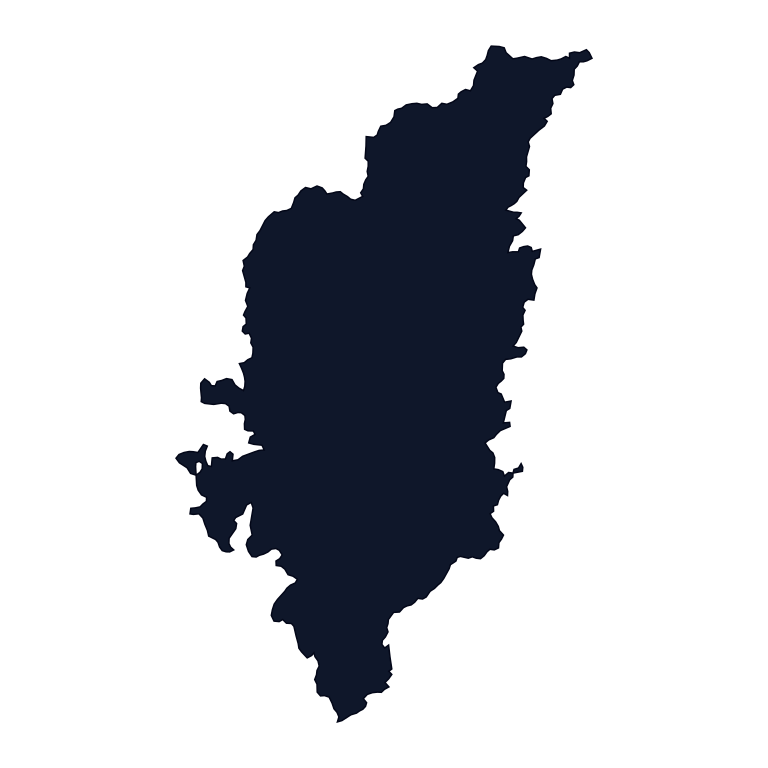 Bom Jardim da Serra, Santa Catarina, Brazil (Albers equal-area conic projection)
{"feature_id": "56859067B26103840950670", "entity_name": "Bom Jardim da Serra", "entity_type": "district", "adm_level": 2, "iso_a3": "BRA", "parent_name": "Brazil", "parent_adm1": "Santa Catarina", "projection": "albers", "projection_center": [-49.659, -28.371], "detail": "fine", "context": "isolated", "style": "filled", "palette": "ink", "viewbox_px": 768, "rotation_deg": 0, "n_neighbors": 0, "source": "geoboundaries", "source_scale": "gbopen_adm2", "svg_char_len": 6084}
<svg xmlns="http://www.w3.org/2000/svg" viewBox="0 0 768 768"><path d="M513.0,473.1L508.6,472.5L504.4,476.1L502.8,471.6L498.2,469.6L493.8,468.9L494.6,463.2L494.7,457.5L492.9,452.9L489.8,450.4L485.1,443.0L488.6,440.0L493.8,437.7L496.4,434.4L500.3,430.6L510.1,426.4L509.6,422.4L503.3,422.9L506.3,410.6L509.8,408.4L511.1,401.0L504.6,402.2L501.2,394.0L497.9,392.6L495.9,387.3L498.3,383.4L501.2,381.1L503.8,378.4L504.0,374.3L502.2,370.7L502.5,363.2L505.6,359.4L510.8,358.8L517.0,356.9L521.5,356.9L525.4,353.7L526.9,349.9L523.8,347.2L518.1,347.7L513.1,346.1L516.3,342.4L521.8,331.1L520.9,327.1L523.6,324.2L523.1,320.1L522.9,315.0L525.1,310.3L522.7,307.4L524.2,302.2L528.0,299.3L533.9,300.1L534.9,293.9L537.0,287.9L534.7,284.6L532.6,279.3L531.4,274.3L531.8,270.0L533.8,264.8L535.3,258.9L539.1,257.6L540.6,249.1L532.3,251.4L531.2,247.5L527.7,246.0L523.7,246.6L519.6,248.0L518.4,251.8L512.6,251.8L507.9,252.6L509.4,246.3L512.6,240.7L513.3,235.9L518.2,234.7L522.4,231.4L525.5,227.8L519.3,220.2L516.2,218.7L519.1,216.2L521.2,212.9L517.3,212.3L513.7,212.3L505.8,210.1L508.1,207.1L511.3,205.5L514.2,203.7L516.8,201.4L519.0,197.4L526.7,190.2L523.2,187.5L523.4,182.9L525.6,177.5L528.9,175.8L529.3,169.8L525.9,166.4L526.6,161.6L526.5,156.9L529.5,146.5L528.2,141.9L530.1,138.3L538.9,130.2L544.4,126.0L547.2,121.3L544.0,118.3L547.7,116.5L551.2,113.8L550.7,108.2L552.9,103.6L552.0,98.6L554.8,95.3L560.4,94.3L562.6,89.2L566.7,87.1L570.7,87.6L573.8,84.7L572.3,80.5L574.0,75.1L574.2,69.3L577.3,66.0L579.4,61.8L583.4,61.8L587.0,60.8L592.0,58.3L589.2,52.6L586.4,49.7L579.7,52.7L574.4,52.0L569.5,53.2L569.5,58.2L565.8,56.5L561.2,58.9L557.2,60.1L551.1,60.7L546.5,58.4L541.3,56.8L536.6,57.6L532.1,59.0L524.6,56.5L517.0,58.2L512.9,58.8L506.1,52.7L504.2,47.8L499.2,46.5L491.2,46.1L488.4,50.6L487.2,55.4L485.7,59.6L482.4,63.1L478.4,64.6L473.8,67.7L477.6,71.1L474.0,80.1L473.5,85.6L470.4,90.8L465.5,89.5L461.1,91.8L458.4,94.1L457.9,98.3L452.8,101.9L446.9,104.3L441.8,103.3L437.2,107.5L432.2,107.7L427.2,103.9L421.6,104.4L416.9,103.3L412.1,103.7L406.2,104.9L401.6,108.3L397.8,109.1L394.8,110.6L394.0,116.8L390.6,122.4L386.0,125.3L380.8,126.2L378.3,131.4L377.2,135.0L373.7,137.4L366.2,136.6L366.0,146.1L365.1,158.2L368.2,161.2L368.2,166.3L367.2,171.4L368.2,176.3L365.7,179.9L363.8,184.3L363.4,188.8L360.7,192.8L362.7,196.4L355.2,200.3L350.6,199.2L347.5,196.6L343.1,194.0L340.3,191.7L336.1,192.0L332.6,193.0L326.9,194.0L324.9,190.9L322.2,187.9L317.0,186.0L311.0,188.8L305.5,187.5L300.9,190.9L298.1,195.1L295.0,197.8L293.7,202.4L291.3,208.4L286.8,210.5L282.5,211.0L278.5,212.6L274.2,211.8L268.4,216.8L265.1,220.6L260.0,230.6L257.0,234.5L256.1,240.3L253.4,244.7L253.1,249.5L249.7,253.5L247.6,257.0L243.1,260.5L244.3,266.2L242.6,270.6L245.9,282.4L245.9,286.8L249.8,287.9L247.2,293.4L245.5,300.4L247.8,306.4L245.0,311.5L243.5,315.1L246.0,318.0L246.3,324.0L243.1,326.6L242.3,331.1L245.2,334.0L249.1,333.2L251.5,338.2L250.8,342.9L253.1,347.2L252.9,353.2L251.9,357.8L247.8,359.7L244.2,362.7L239.4,363.6L241.7,368.6L243.5,373.2L244.5,377.1L245.1,381.3L244.8,386.3L243.5,390.6L238.9,388.1L235.0,384.9L232.0,379.6L226.5,378.6L221.6,380.5L217.1,381.5L215.2,385.9L211.4,385.7L209.3,382.3L204.6,378.8L200.8,383.2L200.6,388.2L201.5,397.8L201.2,401.6L204.7,403.4L213.7,404.4L221.3,403.2L225.5,403.6L229.1,406.2L229.9,411.1L233.6,413.8L237.8,412.5L241.3,412.7L244.9,415.5L245.3,419.4L244.4,423.7L244.6,429.3L247.9,430.8L253.4,431.0L255.0,434.4L250.3,437.1L248.7,442.9L253.7,444.3L262.0,445.2L264.2,450.0L259.1,450.4L254.5,451.9L242.6,456.3L238.0,459.8L232.3,460.8L233.0,454.2L230.0,451.7L227.2,453.8L225.4,459.0L221.0,459.1L217.6,457.4L212.2,457.9L211.4,466.5L207.8,465.7L205.9,461.3L204.7,456.5L205.3,451.1L207.3,446.1L203.4,444.5L197.9,452.5L193.0,451.7L189.2,451.5L184.0,452.5L179.0,454.5L176.0,458.2L179.4,462.8L187.1,467.8L190.6,473.4L196.1,475.2L196.7,485.5L198.2,490.2L201.5,494.9L206.6,497.3L206.4,501.4L202.9,504.0L200.1,506.9L195.2,507.9L190.8,508.3L190.0,513.9L193.4,514.4L198.9,513.8L202.9,518.1L204.8,524.1L207.4,530.4L208.7,536.1L215.6,539.5L218.0,542.3L219.6,547.0L222.2,550.6L226.1,551.8L229.7,551.9L233.7,549.9L230.6,547.1L228.9,543.5L229.1,538.3L235.8,528.7L236.6,523.5L233.7,520.5L235.7,517.5L242.7,514.0L246.6,505.0L251.2,502.4L253.1,508.0L250.2,525.3L252.2,535.1L247.8,539.5L246.3,544.7L248.5,551.4L252.0,556.6L256.2,557.0L259.3,555.3L263.6,554.1L267.9,552.0L271.4,549.1L276.0,548.5L279.3,550.3L282.2,554.9L279.7,558.7L276.0,561.0L276.2,565.5L281.1,566.2L284.8,569.1L288.1,574.7L293.0,576.2L297.4,579.3L295.2,583.0L290.5,585.1L286.9,588.2L284.8,591.3L277.5,599.4L274.2,604.1L272.4,609.7L271.3,615.4L274.0,621.1L279.2,621.6L282.7,619.5L286.4,623.2L291.4,623.5L293.9,626.3L296.1,635.9L298.2,643.6L298.9,648.2L301.5,651.8L307.2,657.9L311.7,655.5L313.9,652.7L315.0,656.7L318.0,660.9L319.2,666.1L317.0,670.5L316.5,674.8L314.7,679.6L317.0,684.2L317.2,692.1L320.5,695.9L324.5,695.6L329.1,697.1L332.1,703.2L334.0,708.8L337.0,712.3L338.9,716.9L337.4,721.9L341.9,720.6L350.9,714.8L356.5,713.1L359.6,710.9L362.8,709.3L365.5,706.4L366.6,702.7L363.3,698.7L367.3,694.4L372.3,692.7L377.4,692.1L381.4,692.3L384.4,689.4L388.9,686.9L385.0,682.5L388.7,678.8L391.8,674.4L388.8,671.3L391.8,669.0L390.0,657.1L388.6,645.1L384.7,648.0L381.9,644.4L382.4,640.3L385.4,636.9L388.0,631.9L386.7,627.6L388.0,623.7L388.4,619.5L393.6,612.4L399.5,612.0L403.5,607.6L407.0,605.9L411.2,604.9L414.7,602.2L417.8,598.4L422.6,599.0L426.2,597.0L430.1,591.3L434.5,588.4L437.8,585.1L440.8,582.6L443.8,578.4L449.1,568.8L450.4,564.7L455.9,561.1L457.2,557.4L460.4,556.4L468.3,558.2L472.3,556.8L476.2,558.2L480.5,558.7L484.2,555.7L487.0,551.8L489.9,549.3L494.3,549.9L498.5,547.9L498.9,542.7L501.5,539.1L503.5,535.1L499.4,530.6L498.3,526.4L495.6,521.8L491.9,517.7L490.1,513.7L493.6,511.2L493.4,506.0L497.4,504.7L498.6,500.2L500.7,496.2L503.6,493.3L507.5,495.5L507.7,491.4L506.6,486.7L509.7,479.8L512.8,477.1L513.0,473.1ZM196.1,475.2L195.6,466.7L195.9,462.6L199.2,461.3L202.4,463.5L202.2,468.8L200.0,472.3L196.1,475.2ZM513.0,473.1L522.4,471.3L522.8,467.3L521.1,463.6L518.5,468.0L514.0,469.4L513.0,473.1Z" fill="#0f172a" stroke="#020617" stroke-width="1.5"/></svg>